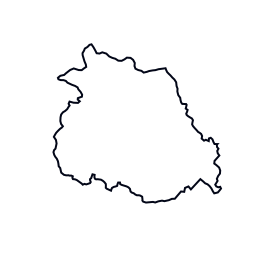 Maran, Pahang, Malaysia (Mercator projection), rotated 160°
{"feature_id": "92858781B75033719782494", "entity_name": "Maran", "entity_type": "district", "adm_level": 2, "iso_a3": "MYS", "parent_name": "Malaysia", "parent_adm1": "Pahang", "projection": "mercator", "projection_center": [102.676, 3.6], "detail": "fine", "context": "isolated", "style": "outline", "palette": "ink", "viewbox_px": 256, "rotation_deg": 160, "n_neighbors": 0, "source": "geoboundaries", "source_scale": "gbopen_adm2", "svg_char_len": 2983}
<svg xmlns="http://www.w3.org/2000/svg" viewBox="0 0 256 256"><g transform="rotate(160 128 128)"><path d="M49.5,82.3L52.2,83.4L52.5,85.6L52.5,88.4L53.6,90.5L55.5,90.5L56.6,88.1L58.9,90.3L60.9,90.1L62.4,92.9L61.1,95.1L61.3,97.4L62.4,99.1L63.4,100.2L64.3,102.6L65.4,105.2L66.3,107.7L66.5,109.5L65.4,111.4L64.3,113.1L64.7,115.1L66.3,117.0L67.6,118.7L68.4,120.2L68.4,121.5L66.9,123.1L65.8,124.6L67.1,126.5L66.2,127.8L65.0,129.7L65.2,130.6L67.1,131.4L68.8,132.1L69.3,133.8L69.1,136.2L68.6,138.6L69.5,141.6L69.3,143.9L69.1,145.5L68.0,148.0L68.0,150.8L67.1,154.5L67.8,157.7L69.1,160.3L70.1,162.9L71.2,165.1L72.1,167.2L72.3,169.4L72.3,171.3L79.2,172.8L82.4,173.0L85.2,173.7L88.7,174.3L91.0,174.3L94.3,174.7L95.8,177.1L98.6,179.0L100.7,181.2L100.7,184.0L99.4,186.8L99.9,190.3L101.6,193.0L105.0,194.5L107.8,193.7L111.0,193.3L114.1,194.6L116.2,197.4L118.8,199.3L121.2,201.7L122.9,205.3L126.3,207.9L129.3,207.7L131.9,209.0L132.2,211.8L132.8,215.6L133.7,219.1L135.8,219.3L136.1,219.1L138.4,218.0L141.4,217.4L142.9,215.7L145.1,213.9L145.7,212.0L146.1,205.5L145.9,202.1L146.4,199.7L148.9,199.1L151.7,198.2L154.5,199.3L158.6,202.5L162.5,202.3L165.3,201.4L167.7,200.6L169.8,199.7L173.7,200.2L176.0,199.4L176.7,199.1L176.7,197.6L175.0,196.1L172.2,195.0L170.3,193.5L169.4,191.3L165.8,187.7L163.4,185.7L161.5,183.4L161.4,181.2L160.2,178.2L159.7,175.0L160.6,173.2L164.9,173.2L165.5,171.9L164.2,169.6L166.4,168.7L170.5,170.4L173.9,172.8L175.5,171.1L175.2,169.1L176.5,168.3L178.7,166.5L181.3,165.5L183.8,165.0L186.2,163.5L187.7,161.2L189.2,157.7L189.5,154.7L188.6,151.9L189.9,151.1L192.3,150.4L195.1,149.1L197.2,148.0L199.3,146.3L200.7,145.0L199.8,141.4L200.4,137.9L201.7,135.8L203.2,133.4L205.0,132.5L206.3,130.8L206.5,128.0L206.2,125.9L205.4,123.5L205.2,120.7L205.6,118.3L206.2,115.7L205.4,113.6L206.0,108.9L204.2,105.9L202.2,104.6L200.0,103.9L199.5,103.4L197.6,102.7L196.4,101.5L197.3,100.2L197.2,98.8L195.4,97.9L194.0,96.7L191.8,93.5L190.5,91.6L189.9,90.2L188.1,90.4L186.5,89.3L184.6,89.2L182.5,89.2L181.5,90.0L181.5,91.9L181.2,92.9L179.7,93.5L178.7,94.8L177.2,96.6L175.4,95.4L176.4,93.3L176.4,91.6L175.6,90.7L173.9,90.2L171.1,88.7L169.7,87.0L168.7,85.2L168.0,83.0L168.5,81.4L169.3,79.4L168.8,78.3L167.2,76.7L165.4,74.9L164.2,76.5L163.4,77.2L161.5,77.5L159.7,77.3L158.0,77.3L157.0,78.9L155.9,80.1L154.2,79.5L154.5,77.9L153.4,76.7L149.3,73.6L147.9,72.1L147.0,70.2L147.3,67.5L146.7,66.2L144.9,64.7L143.9,63.0L142.7,61.8L140.8,61.1L139.6,60.3L138.2,58.6L138.8,56.0L139.3,54.9L138.9,53.6L136.6,51.8L129.8,50.0L127.9,48.7L124.6,48.7L120.9,48.1L118.8,46.8L114.3,46.2L111.0,46.4L108.2,45.5L99.9,50.2L97.0,48.8L94.9,52.2L91.2,52.4L89.9,48.8L77.5,55.2L75.7,52.2L74.4,49.6L72.5,47.9L71.2,45.5L70.3,42.7L69.9,39.5L69.3,37.1L65.6,36.7L63.0,38.2L61.3,39.3L61.5,41.2L63.4,41.4L65.0,42.9L65.4,44.9L61.9,47.7L61.9,49.8L59.8,52.0L57.2,53.7L55.9,56.5L55.9,59.7L57.8,63.2L59.1,65.1L57.9,67.5L51.6,70.9L52.3,73.5L52.0,75.9L50.1,77.6L50.8,79.5L50.3,81.9L49.5,82.3Z" fill="none" stroke="#020617" stroke-width="2"/></g></svg>